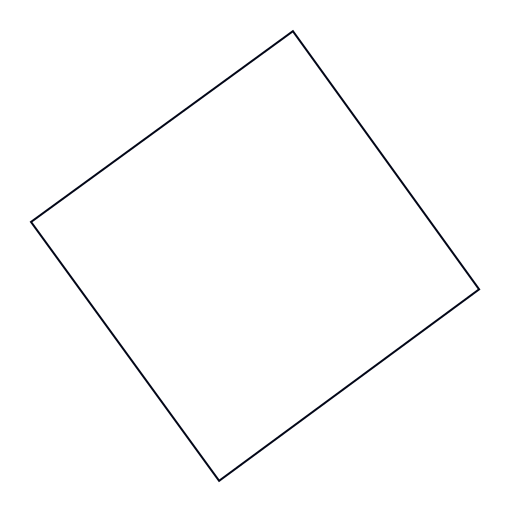 the district of Throckmorton, Texas, United States of America, rotated 54°
{"feature_id": "52423323B71191132614173", "entity_name": "Throckmorton", "entity_type": "district", "adm_level": 2, "iso_a3": "USA", "parent_name": "United States of America", "parent_adm1": "Texas", "projection": "robinson", "projection_center": [-99.173, 33.178], "detail": "fine", "context": "isolated", "style": "outline", "palette": "ink", "viewbox_px": 512, "rotation_deg": 54, "n_neighbors": 0, "source": "geoboundaries", "source_scale": "gbopen_adm2", "svg_char_len": 233}
<svg xmlns="http://www.w3.org/2000/svg" viewBox="0 0 512 512"><g transform="rotate(54 256 256)"><path d="M327.0,418.0L416.2,418.0L414.1,95.1L95.8,94.0L96.2,418.0L327.0,418.0Z" fill="none" stroke="#020617" stroke-width="2"/></g></svg>